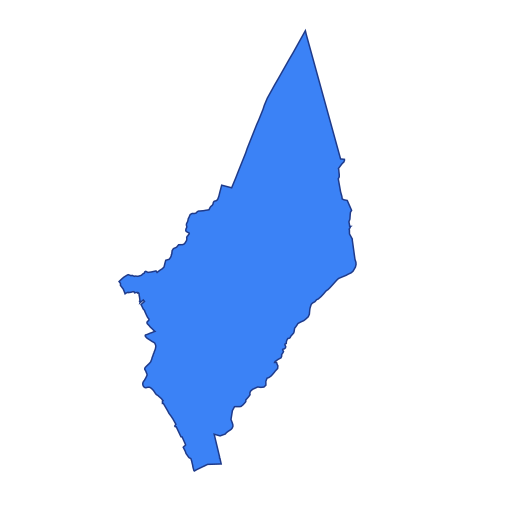 Ecatzingo, México, Mexico (orthographic projection), rotated 310°
{"feature_id": "50627088B21817072647094", "entity_name": "Ecatzingo", "entity_type": "district", "adm_level": 2, "iso_a3": "MEX", "parent_name": "Mexico", "parent_adm1": "México", "projection": "orthographic", "projection_center": [-98.759, 18.968], "detail": "fine", "context": "isolated", "style": "filled", "palette": "blue", "viewbox_px": 512, "rotation_deg": 310, "n_neighbors": 0, "source": "geoboundaries", "source_scale": "gbopen_adm2", "svg_char_len": 6040}
<svg xmlns="http://www.w3.org/2000/svg" viewBox="0 0 512 512"><g transform="rotate(310 256 256)"><path d="M51.7,347.0L54.5,348.0L65.3,352.9L74.3,363.0L77.7,358.6L77.6,358.4L77.7,358.0L78.0,357.7L78.5,357.5L92.6,338.5L95.1,344.1L99.9,346.9L101.6,346.9L103.9,347.4L106.1,348.1L107.4,348.4L108.7,348.4L110.5,347.9L111.7,346.9L112.8,345.3L114.7,341.9L122.4,337.3L126.8,336.4L130.2,340.4L131.1,341.2L133.6,341.7L135.8,341.8L137.4,341.8L138.0,341.7L139.2,340.7L139.7,340.7L142.5,340.8L143.6,340.8L145.9,340.6L147.0,339.4L148.8,338.7L151.7,339.1L156.8,341.5L158.4,344.1L160.7,346.3L163.4,346.6L166.3,344.1L169.5,343.0L171.2,344.0L173.9,344.7L176.3,344.8L178.5,344.8L180.2,344.7L183.7,344.9L185.9,343.4L186.6,341.8L187.6,340.3L186.4,338.7L187.6,338.4L188.9,338.9L190.5,339.2L194.1,340.6L195.9,340.0L196.9,339.0L199.2,338.8L200.5,338.5L201.2,336.7L201.9,336.5L202.9,337.3L204.5,337.6L205.6,337.1L206.0,336.4L206.5,335.3L207.0,334.8L207.5,335.0L208.5,335.4L209.6,334.5L211.1,333.8L213.3,333.4L214.3,334.3L215.3,334.6L217.3,334.2L219.2,334.3L221.4,334.3L222.7,333.7L225.5,332.0L226.8,332.0L229.2,331.8L231.2,331.5L233.5,332.4L235.1,333.1L237.1,334.1L239.3,334.6L243.0,335.1L245.7,334.3L247.4,333.1L249.6,331.6L251.0,330.8L253.4,329.8L254.5,329.4L256.2,329.5L258.9,330.5L261.5,330.5L263.0,331.3L264.3,331.5L266.8,331.9L270.5,332.1L272.8,332.1L274.1,332.1L275.9,332.5L276.3,332.7L279.2,333.0L283.9,333.2L287.3,333.3L289.7,333.4L291.9,333.7L295.6,335.6L297.3,336.5L299.2,337.5L301.1,338.2L302.4,338.8L304.3,339.7L306.7,340.1L311.4,339.3L313.8,338.1L315.4,336.6L317.1,333.9L330.3,319.3L330.9,318.9L333.0,313.4L336.0,310.8L336.4,310.1L338.4,309.8L339.2,309.4L339.6,309.5L339.0,308.6L340.3,307.2L341.9,305.2L344.6,304.2L348.6,301.3L350.3,300.2L352.4,299.9L357.2,290.2L355.6,287.3L355.1,285.4L356.9,283.4L359.4,279.7L368.0,269.4L370.1,268.9L371.8,267.5L373.7,265.5L375.2,264.0L376.0,262.9L379.8,262.7L382.4,262.6L384.4,262.9L386.3,262.2L386.9,261.6L384.7,258.4L458.0,152.1L460.3,149.0L435.9,153.7L428.2,155.0L406.0,159.1L399.6,160.2L384.2,163.2L376.8,165.5L372.9,167.1L361.9,170.7L357.3,172.0L332.8,180.1L328.5,181.8L309.6,188.0L303.1,190.2L292.6,193.5L288.2,184.2L281.2,187.5L278.2,189.0L275.8,189.9L274.8,190.2L273.7,190.2L272.6,189.9L271.7,189.2L271.0,188.8L270.2,188.8L269.4,189.0L268.5,189.5L267.6,189.8L266.6,189.9L265.2,189.6L263.9,189.6L263.0,189.8L262.1,190.0L261.6,190.3L261.4,190.3L261.0,190.1L260.7,189.8L260.2,189.4L259.7,189.0L258.6,188.0L257.6,187.2L256.9,186.6L255.8,185.5L254.5,184.2L253.7,183.3L253.1,182.9L252.2,182.6L251.4,182.5L250.7,182.5L250.2,182.4L249.0,181.5L248.3,180.7L247.8,180.0L247.2,179.6L245.7,179.0L245.1,179.0L244.2,179.3L243.5,179.5L242.7,179.8L241.6,180.0L241.1,180.1L239.3,181.1L238.1,181.6L237.1,181.8L236.5,181.9L235.6,182.3L235.1,182.7L234.7,183.1L234.4,183.6L233.8,184.3L233.2,184.6L232.4,184.8L231.6,185.0L230.7,185.6L230.2,186.0L230.0,186.8L230.1,187.6L230.2,188.3L230.4,189.1L230.6,189.7L230.6,190.1L230.5,190.3L229.8,190.6L228.6,190.6L227.8,190.8L227.0,190.6L226.4,190.7L225.5,191.1L225.1,191.6L224.6,192.0L223.9,192.5L223.0,192.9L219.9,193.3L219.0,193.2L217.7,192.6L217.1,192.0L214.9,189.5L211.6,189.5L208.6,188.0L206.2,188.3L204.1,189.7L203.7,190.1L202.4,190.4L201.8,190.9L200.5,191.3L200.0,191.4L197.7,191.6L194.7,189.6L191.5,191.1L188.5,192.6L186.0,192.4L183.5,191.6L181.8,191.2L179.8,190.8L180.3,189.0L176.4,186.0L174.0,183.8L173.4,181.4L172.8,181.1L172.4,181.0L171.0,181.4L169.5,180.8L167.5,180.6L164.5,178.6L162.9,176.2L162.2,175.9L161.5,173.5L160.5,172.9L160.4,172.3L160.2,171.8L159.6,170.2L159.2,169.9L158.0,169.4L154.6,168.3L153.2,168.1L152.7,168.0L148.4,167.5L147.9,169.8L146.3,171.1L146.2,171.7L146.1,172.2L145.3,175.6L144.3,177.5L142.9,180.0L143.7,180.1L145.8,181.2L145.9,181.8L146.5,182.0L146.8,182.7L147.5,183.2L148.1,183.7L149.4,184.5L150.2,185.4L150.1,185.8L149.7,186.7L151.1,187.7L152.0,188.8L151.6,189.3L152.2,189.7L152.0,190.5L151.6,191.0L150.9,191.6L149.7,193.1L148.7,194.2L147.3,195.7L147.1,196.1L146.5,195.9L146.2,196.9L145.6,197.2L149.9,197.9L149.5,199.8L144.9,199.1L144.1,201.1L142.9,203.7L142.6,205.8L142.2,206.2L140.5,209.7L139.6,211.7L139.2,212.7L139.1,213.4L139.0,214.1L138.8,214.6L138.0,215.1L137.2,215.2L136.3,214.9L135.8,214.9L135.4,215.1L135.0,215.2L134.7,215.5L134.3,216.1L134.2,216.8L134.0,218.8L133.6,220.8L133.5,222.9L133.3,225.8L133.3,227.0L132.5,226.5L131.7,226.1L130.4,225.5L129.2,224.7L127.8,224.0L126.6,223.4L125.5,222.8L124.7,222.2L124.2,222.1L123.8,222.3L123.5,222.6L123.3,223.1L123.2,223.6L123.1,224.4L123.0,225.2L123.1,226.3L123.3,227.7L123.6,230.0L123.7,231.2L123.9,232.1L124.1,233.1L124.2,234.0L124.2,234.3L124.0,234.8L123.4,236.0L123.1,236.5L122.6,237.1L122.1,237.5L120.9,238.2L120.0,238.7L118.9,239.1L118.0,239.4L117.2,239.6L116.8,239.9L115.8,240.2L115.2,240.3L114.1,240.8L113.6,241.0L112.5,241.4L111.7,241.6L110.7,242.1L110.1,242.4L109.5,242.6L108.2,243.0L107.4,243.3L106.2,243.4L105.4,243.3L104.5,243.3L103.3,243.1L102.5,243.1L101.4,242.9L100.6,242.9L99.7,242.8L98.8,242.9L98.3,243.1L97.9,243.4L97.5,243.9L97.4,244.5L97.1,245.2L96.9,245.7L96.1,247.1L95.8,247.8L95.4,248.4L94.9,249.0L94.2,249.3L93.4,249.5L92.7,249.7L91.9,249.9L90.9,250.1L90.0,250.2L89.0,250.5L88.2,250.4L87.4,250.5L86.6,250.7L85.7,251.1L85.1,251.6L84.6,252.1L84.1,252.9L83.8,253.7L83.7,254.3L83.7,254.9L83.8,255.4L84.1,256.1L84.5,256.5L85.3,257.0L86.1,257.7L86.8,258.5L87.2,259.4L87.3,260.0L87.3,260.8L87.3,261.9L87.1,263.7L86.8,264.9L86.4,266.2L86.1,267.2L85.8,268.5L85.9,269.6L86.1,270.5L86.0,271.8L86.0,273.1L85.9,275.3L85.4,277.8L84.7,277.6L82.9,279.1L83.5,279.8L81.6,285.1L80.6,287.9L79.5,290.5L78.8,293.6L77.8,297.0L76.7,299.9L75.6,302.8L74.7,302.9L74.3,302.9L73.5,303.1L73.4,303.4L73.3,303.7L73.4,304.0L73.7,304.4L73.9,304.7L69.3,314.7L69.9,315.7L67.4,320.9L66.8,322.1L66.4,322.9L66.0,323.5L65.5,323.5L64.9,323.5L63.7,323.2L62.7,323.2L61.6,325.8L60.9,327.4L59.7,329.4L59.4,330.6L58.6,333.6L58.5,334.4L58.6,334.9L58.8,335.7L58.9,336.2L58.7,336.8L58.1,337.6L57.7,338.4L56.5,339.9L55.2,341.7L53.6,343.6L51.7,346.4L51.7,347.0Z" fill="#3b82f6" stroke="#1e3a8a" stroke-width="1.5"/></g></svg>